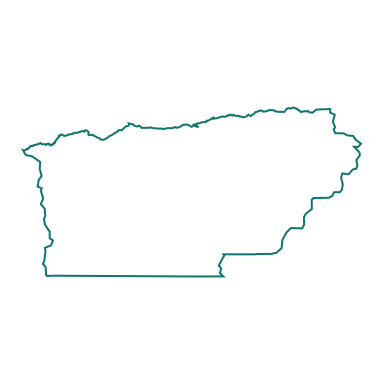 the district of Tehama, California, United States of America
{"feature_id": "52423323B93817319778568", "entity_name": "Tehama", "entity_type": "district", "adm_level": 2, "iso_a3": "USA", "parent_name": "United States of America", "parent_adm1": "California", "projection": "orthographic", "projection_center": [-122.356, 40.125], "detail": "fine", "context": "isolated", "style": "outline", "palette": "teal", "viewbox_px": 384, "rotation_deg": 0, "n_neighbors": 0, "source": "geoboundaries", "source_scale": "gbopen_adm2", "svg_char_len": 5759}
<svg xmlns="http://www.w3.org/2000/svg" viewBox="0 0 384 384"><path d="M330.2,109.1L325.2,109.2L316.2,109.6L313.7,111.7L312.5,112.7L309.5,112.3L307.6,111.0L306.6,111.3L306.0,111.5L305.0,111.2L304.3,111.3L303.6,111.4L302.8,111.5L302.4,111.7L301.7,111.9L301.0,112.1L300.6,111.8L300.0,111.2L299.6,110.7L299.2,110.3L298.9,110.4L298.5,110.2L298.3,109.8L297.8,109.5L297.3,109.3L297.0,109.2L296.5,109.0L296.1,108.6L296.1,108.3L295.7,108.1L295.4,108.2L294.8,108.1L294.3,107.9L293.9,107.7L293.4,107.5L293.0,107.6L292.1,107.9L291.4,108.4L290.6,108.7L290.0,108.5L289.7,108.2L289.0,108.1L287.7,108.6L287.4,108.7L286.9,108.6L286.5,109.0L286.2,109.6L285.7,110.1L285.4,110.6L284.8,111.2L284.4,111.7L283.7,112.0L283.1,112.0L281.6,111.8L281.2,111.7L280.6,111.9L279.6,111.9L278.3,111.8L277.4,111.6L276.4,111.4L275.8,111.5L275.6,111.4L275.2,111.4L274.9,111.0L274.4,110.7L274.0,110.3L273.6,110.2L273.2,110.1L273.0,110.3L270.2,110.1L269.8,109.8L269.4,109.9L269.0,110.2L268.2,110.7L266.8,110.9L265.1,111.5L263.5,111.7L263.0,111.1L262.4,111.0L261.7,110.8L260.9,110.4L260.3,110.7L259.8,110.6L259.3,110.8L258.6,110.9L257.9,111.4L257.3,111.7L256.7,112.0L255.9,111.9L255.2,112.3L254.7,112.8L253.7,114.0L253.1,114.4L252.7,114.4L252.3,114.6L252.1,114.8L251.7,115.4L251.5,115.6L251.1,116.0L250.8,115.7L250.2,115.8L249.2,115.4L248.8,115.1L248.6,114.7L248.3,114.9L247.3,115.4L246.7,116.2L245.8,116.7L245.1,116.8L244.4,116.9L243.7,117.3L243.2,117.4L242.3,117.1L241.9,116.8L241.6,116.6L241.4,116.8L240.6,116.5L239.7,116.5L239.2,116.1L238.3,115.8L237.3,115.8L236.7,115.9L236.0,115.7L235.1,115.6L234.7,115.3L234.0,115.5L233.7,115.3L233.4,115.3L233.4,115.1L233.1,114.9L232.8,115.2L232.5,115.5L231.9,115.5L231.6,115.1L230.6,114.7L229.9,114.7L229.2,115.3L228.3,115.8L227.9,115.3L226.0,116.1L225.8,116.6L225.4,116.8L224.1,116.8L222.2,116.4L221.0,116.8L220.1,117.2L218.8,117.5L216.5,118.3L215.2,118.3L214.2,118.6L214.1,118.3L213.8,117.9L213.6,118.4L213.3,118.8L212.6,118.1L212.3,118.0L212.0,118.3L210.4,119.4L209.2,120.1L207.5,120.8L207.1,120.6L206.5,120.9L206.6,121.4L205.3,122.1L203.5,122.1L201.9,122.3L200.5,122.9L199.8,123.3L198.4,123.2L197.2,123.6L195.9,124.0L195.4,124.6L195.8,125.6L196.8,125.7L197.5,126.3L197.7,126.8L197.1,126.8L194.7,125.7L194.3,124.7L193.6,124.6L193.2,125.9L191.7,126.8L189.4,125.5L186.8,124.5L182.8,124.9L180.1,126.8L176.9,127.8L174.8,127.0L172.7,128.2L169.0,128.1L166.6,128.3L164.2,129.0L161.4,128.6L158.4,128.6L155.6,128.3L153.0,128.2L150.6,127.4L147.9,127.9L143.9,127.8L141.5,127.9L140.6,126.5L138.8,125.7L137.5,126.5L134.8,126.0L132.7,124.3L130.8,124.0L129.1,123.5L129.5,124.1L128.6,125.1L127.8,126.2L125.7,126.4L124.9,127.4L123.5,128.5L121.6,130.3L119.8,130.0L117.9,130.6L117.7,131.5L114.4,133.2L111.6,135.3L109.7,135.9L108.0,137.4L105.9,138.7L103.7,139.8L100.7,139.5L98.9,137.8L97.2,137.7L96.7,137.2L96.2,136.7L95.3,136.3L94.7,136.1L93.7,135.6L93.0,134.9L92.1,134.8L91.6,134.9L90.7,134.8L90.0,135.0L89.2,135.1L88.7,135.1L88.4,134.5L88.5,134.0L88.5,133.0L88.7,132.5L88.7,132.1L88.4,131.9L87.7,131.3L87.2,130.6L86.1,130.4L85.5,130.3L84.8,130.6L84.5,131.0L84.6,131.3L84.4,131.6L84.0,131.5L83.7,131.3L83.6,131.0L83.3,130.9L83.0,131.0L81.0,131.5L80.1,132.0L79.4,132.1L78.6,132.2L78.2,132.6L77.7,132.8L77.2,132.8L76.7,132.7L75.9,132.9L74.5,132.8L73.8,132.9L73.2,133.3L72.7,133.9L72.0,134.0L71.2,134.1L70.6,134.3L70.0,134.3L69.2,134.4L68.9,134.6L68.6,134.7L68.3,134.6L67.9,134.8L67.5,135.3L66.9,135.4L66.3,135.5L65.5,135.8L64.4,135.9L64.0,135.6L63.3,135.5L62.8,135.3L62.7,135.0L62.3,134.7L62.0,134.9L61.5,134.9L61.2,134.6L60.9,134.6L60.6,134.7L60.2,135.0L59.8,135.3L59.7,135.5L59.4,135.6L59.4,135.9L59.3,136.2L59.0,136.1L58.8,136.1L58.8,136.3L58.9,136.5L58.8,136.9L58.1,137.5L57.9,138.1L57.5,138.3L56.7,139.2L56.0,140.5L55.9,140.7L55.7,140.8L55.4,141.0L55.3,141.4L55.2,141.4L55.1,141.6L55.1,141.8L55.1,142.1L54.9,142.3L54.9,142.6L54.8,142.9L54.6,142.8L54.4,142.5L54.1,142.5L53.8,143.0L53.8,143.5L53.7,143.7L53.4,143.6L53.3,143.8L53.3,144.0L53.0,144.2L53.0,144.3L52.7,144.3L52.7,144.2L52.3,144.3L52.3,144.6L52.1,144.7L52.0,144.9L52.0,145.0L51.8,145.3L51.6,145.3L51.3,145.1L51.1,145.2L50.8,145.0L50.7,145.3L50.4,145.3L50.2,145.2L49.6,144.9L49.6,144.7L49.3,144.3L49.0,144.2L48.8,143.8L48.8,143.6L48.6,143.6L48.4,143.8L48.0,143.9L47.6,143.8L47.1,143.9L47.0,144.2L46.8,144.3L46.7,144.2L46.4,144.3L46.4,144.5L46.2,144.9L45.9,144.9L45.7,144.8L45.7,144.6L45.6,144.4L45.3,144.3L44.9,144.4L44.5,144.2L43.9,144.2L42.7,144.2L42.4,144.3L41.9,144.2L41.7,144.1L41.1,143.4L40.8,143.2L40.6,143.0L40.3,143.2L40.1,143.4L39.7,143.5L39.3,143.4L39.1,143.6L38.8,143.8L38.7,143.9L38.4,143.9L38.2,144.0L37.6,144.2L37.3,144.4L36.8,144.4L36.5,144.7L36.3,144.8L36.1,144.9L35.6,144.9L33.5,145.2L33.1,146.1L31.8,146.2L31.3,145.8L30.5,146.2L30.1,146.8L29.2,147.2L28.6,148.2L27.9,149.1L26.7,148.9L26.1,149.6L24.2,150.5L23.0,150.1L25.7,155.0L32.2,156.4L40.2,162.0L39.7,168.8L41.6,176.1L38.8,179.8L37.6,186.6L41.8,188.3L40.8,190.6L43.2,198.4L40.8,204.1L44.7,208.7L45.3,215.8L44.0,218.9L44.9,224.5L48.3,229.7L49.7,231.5L49.7,238.2L53.0,240.5L50.9,245.4L45.0,247.8L45.5,251.3L44.2,261.4L42.9,263.9L45.6,267.1L46.1,275.1L47.3,276.0L52.4,275.7L197.3,276.5L223.3,276.4L219.9,273.1L221.2,268.4L218.8,265.4L224.4,255.2L223.6,254.3L255.2,254.3L257.4,254.0L271.1,253.9L276.4,252.8L281.6,248.0L282.4,239.9L286.5,232.5L290.8,228.1L302.1,228.4L304.1,224.7L303.9,217.3L305.9,213.7L311.8,209.0L311.7,199.8L313.6,198.0L328.5,197.8L332.3,195.9L334.2,192.2L339.8,192.2L341.7,190.2L342.8,184.5L341.1,177.9L342.3,173.4L348.5,174.3L352.9,169.4L356.1,168.8L357.4,165.4L356.3,160.2L359.8,155.4L359.5,152.4L354.2,146.8L358.2,146.9L361.0,143.7L355.7,139.7L353.1,135.9L347.2,135.4L343.8,133.4L335.3,133.2L333.6,129.4L335.1,127.3L332.9,121.7L334.8,114.7L330.1,112.6L330.2,109.1Z" fill="none" stroke="#0f766e" stroke-width="2"/></svg>